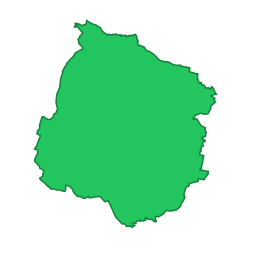 Ilieni, Covasna, Romania (Robinson projection), rotated 12°
{"feature_id": "2599482B87460313327434", "entity_name": "Ilieni", "entity_type": "district", "adm_level": 2, "iso_a3": "ROU", "parent_name": "Romania", "parent_adm1": "Covasna", "projection": "robinson", "projection_center": [25.742, 45.805], "detail": "fine", "context": "isolated", "style": "filled", "palette": "green", "viewbox_px": 256, "rotation_deg": 12, "n_neighbors": 0, "source": "geoboundaries", "source_scale": "gbopen_adm2", "svg_char_len": 5663}
<svg xmlns="http://www.w3.org/2000/svg" viewBox="0 0 256 256"><g transform="rotate(12 128 128)"><path d="M146.8,224.4L147.3,224.5L147.9,224.1L148.4,224.0L149.7,224.0L150.4,223.6L150.9,223.4L151.9,224.2L152.4,224.3L153.0,224.0L153.4,223.1L153.7,222.8L154.8,222.4L155.0,222.0L154.6,221.7L153.5,222.0L152.5,221.4L152.1,221.1L151.9,220.6L152.0,220.1L152.6,219.7L153.5,219.7L154.4,220.0L155.3,219.9L155.6,219.5L155.5,218.3L155.7,217.7L156.4,217.0L157.3,216.5L157.9,215.8L158.3,215.8L158.9,216.6L159.4,216.7L160.2,215.8L160.6,215.6L161.7,215.8L162.5,215.7L163.3,215.1L164.5,214.6L164.6,214.2L164.4,213.5L164.3,213.2L163.5,212.6L163.5,212.4L163.8,212.1L164.8,212.0L165.5,212.2L166.1,212.8L166.8,213.0L170.7,212.6L171.3,212.8L172.4,213.8L173.0,214.0L174.9,213.9L175.1,213.5L174.9,212.8L173.8,212.1L173.6,211.7L173.5,210.2L173.7,208.9L174.2,208.6L176.5,208.4L177.3,207.9L177.9,206.9L180.2,205.1L182.5,200.7L187.2,200.3L192.2,198.1L192.6,197.8L195.8,193.5L195.6,192.7L195.7,192.2L195.7,191.2L197.5,186.8L197.8,184.5L198.0,184.2L198.0,183.8L196.8,182.2L196.4,180.2L197.1,173.6L199.7,172.1L199.6,169.6L204.1,167.2L207.6,165.7L207.4,163.0L213.3,162.7L213.6,162.1L213.5,160.8L215.9,156.7L215.6,153.8L206.9,154.0L206.8,153.7L208.2,153.6L207.9,150.4L208.0,147.2L207.9,143.6L207.8,139.3L203.5,139.1L203.4,136.8L204.3,135.7L203.1,134.6L204.2,133.5L203.6,130.8L205.4,130.0L204.3,127.9L204.1,126.8L204.6,125.5L205.8,125.4L206.2,125.0L206.2,124.2L205.7,123.9L202.3,123.3L202.0,122.6L202.1,122.3L203.0,121.7L203.5,121.7L204.2,121.2L204.4,120.9L205.6,119.9L205.2,117.8L205.5,115.7L204.2,115.2L203.8,113.7L203.6,112.0L203.7,111.8L202.1,111.3L200.3,111.1L198.3,109.8L195.4,107.1L194.8,106.1L194.3,105.8L193.8,104.9L193.0,105.2L191.4,105.3L190.2,105.9L189.8,105.8L189.7,105.2L189.8,104.8L190.5,104.3L190.5,103.6L191.0,103.3L191.2,101.6L191.6,101.2L193.3,100.3L195.7,98.6L197.8,98.4L199.2,98.6L201.2,98.3L203.5,97.2L204.0,94.5L204.8,92.2L204.9,91.5L204.5,89.9L204.6,89.0L205.1,88.3L206.0,87.4L208.3,84.3L207.8,84.0L206.8,83.0L206.3,82.2L206.3,81.9L206.8,81.0L202.6,79.3L204.3,78.2L205.2,77.3L207.4,76.6L205.8,75.1L203.3,71.5L201.6,70.3L201.2,70.3L200.8,71.0L201.1,72.4L201.0,72.7L200.1,72.9L198.5,71.9L198.0,72.0L196.1,72.7L195.3,72.4L194.8,71.3L193.1,70.1L191.4,70.5L190.4,69.3L190.3,68.3L188.4,69.1L186.3,65.9L185.6,65.9L185.0,60.5L180.1,60.7L180.1,60.4L176.2,60.2L175.9,56.4L173.2,56.2L167.6,56.6L167.4,56.4L167.3,56.1L167.0,55.9L165.4,55.7L163.6,56.4L160.4,56.7L158.4,56.5L156.7,56.0L155.7,55.4L155.0,55.2L154.4,55.3L153.0,55.1L150.5,55.5L146.0,55.4L142.7,54.1L141.4,52.9L139.2,51.4L136.6,50.0L132.6,48.6L130.7,48.5L129.5,48.0L128.5,47.1L128.1,46.5L126.9,45.5L123.0,44.7L121.8,44.9L120.9,44.9L120.8,44.5L120.3,44.2L120.1,43.8L119.7,41.9L119.9,41.1L118.9,40.0L118.4,39.6L118.1,38.2L117.5,37.5L117.5,36.6L115.8,34.8L114.5,35.7L114.7,36.1L114.3,36.3L113.7,36.0L113.2,36.3L113.1,36.6L112.6,36.5L112.8,36.6L112.7,36.8L112.4,37.0L111.0,36.8L110.8,36.9L111.0,37.1L110.2,37.5L110.2,37.2L109.6,37.4L109.2,38.2L108.4,38.5L107.8,38.2L107.6,38.5L107.3,38.3L107.3,38.1L106.5,38.2L106.0,37.8L105.8,37.9L105.7,38.4L105.6,38.5L103.7,38.3L103.3,38.5L102.7,39.7L102.3,39.7L101.6,39.4L101.6,39.2L102.1,38.8L101.0,38.3L100.2,39.0L99.6,38.9L98.1,39.1L97.6,39.0L97.1,38.5L96.8,38.6L96.4,38.8L96.3,39.2L94.3,39.7L94.1,39.6L94.0,39.4L93.8,39.5L93.5,40.0L91.6,40.6L90.3,40.3L89.8,40.3L89.5,41.0L89.2,41.3L88.8,41.3L88.2,40.8L87.9,40.9L88.0,41.1L87.7,41.1L87.5,40.6L87.2,40.5L86.3,40.5L85.2,40.0L84.9,39.6L83.7,39.2L83.1,38.8L81.7,37.6L79.9,35.5L78.3,35.2L77.8,34.8L76.6,34.5L76.0,34.1L72.3,33.7L69.6,33.1L65.8,31.8L65.4,31.5L65.4,34.7L64.8,35.3L64.8,35.6L61.7,37.3L59.0,36.9L58.9,36.6L55.0,36.4L54.6,36.7L54.6,37.2L55.1,37.5L55.5,37.5L56.0,37.1L56.3,37.1L56.0,37.5L56.1,38.0L54.7,39.6L54.6,40.4L55.2,40.4L57.1,39.2L63.8,44.4L63.0,46.5L61.9,47.8L61.5,50.5L61.2,51.0L60.6,51.6L61.2,52.4L62.2,55.3L62.6,55.7L62.9,55.8L63.7,56.5L66.0,57.8L66.8,58.7L66.9,59.3L67.1,59.9L66.5,60.8L65.8,61.0L65.8,61.3L65.7,61.5L64.8,62.0L64.1,62.5L63.4,63.5L62.7,63.8L61.0,65.4L60.9,65.8L60.4,66.6L60.3,67.3L60.4,67.6L59.7,68.9L59.7,69.4L58.4,71.0L58.3,71.4L57.4,72.6L57.2,73.4L56.6,73.9L56.1,74.9L55.9,75.9L54.6,77.2L54.8,78.1L54.8,78.6L54.1,80.2L53.3,81.7L52.8,84.8L52.2,85.3L52.2,86.2L52.7,89.3L52.6,89.7L52.0,90.8L52.2,92.4L51.8,94.7L52.2,96.8L52.3,98.5L52.6,99.7L52.7,102.5L52.2,106.0L51.6,107.8L51.5,111.8L51.9,114.1L51.7,115.4L52.2,116.0L52.4,118.4L53.7,121.2L55.1,123.8L55.2,124.2L54.7,125.7L54.6,127.9L52.5,130.2L52.5,131.7L52.6,132.3L52.2,133.5L51.2,134.2L50.9,134.8L50.3,135.7L49.6,135.8L48.5,136.4L48.0,136.5L46.4,135.8L45.0,135.5L43.6,134.5L41.8,134.9L41.6,135.5L40.9,143.7L41.6,146.3L41.5,147.3L41.1,148.3L40.2,149.4L40.1,150.1L40.2,152.7L42.9,153.4L43.4,153.3L44.1,153.9L43.4,156.7L43.2,158.9L42.9,159.9L42.6,162.0L42.7,163.6L42.5,164.5L41.8,165.4L41.4,167.0L40.9,167.9L42.2,168.3L43.5,168.1L44.6,168.6L44.9,173.1L44.4,173.6L44.0,174.2L43.9,175.4L43.3,178.1L43.4,179.1L43.7,179.9L44.2,180.5L46.4,181.5L46.9,182.2L49.5,184.2L49.7,184.9L50.4,186.0L52.0,186.0L53.6,186.9L54.2,187.0L54.4,187.5L54.5,189.6L54.2,191.4L54.7,192.3L54.0,193.8L52.1,195.0L52.8,196.5L58.2,199.3L61.4,201.5L61.7,201.2L64.5,203.3L65.4,203.6L66.5,203.6L68.1,203.1L69.3,203.0L71.3,203.5L73.0,202.9L74.3,202.9L76.0,203.2L79.4,203.2L79.9,201.2L79.0,196.9L83.6,197.2L84.4,198.4L85.5,198.7L87.3,200.4L87.6,201.1L87.5,201.5L89.2,203.0L89.4,202.9L91.5,204.8L92.2,205.2L93.5,205.3L97.7,205.0L98.0,205.8L99.5,206.0L100.5,205.8L103.6,203.2L104.7,204.4L112.1,201.6L115.2,200.8L117.1,202.4L120.7,205.0L123.8,203.1L134.6,217.8L142.3,223.1L143.8,222.6L144.6,222.6L145.4,222.9L146.0,223.4L146.8,224.4Z" fill="#22c55e" stroke="#15803d" stroke-width="1.5"/></g></svg>